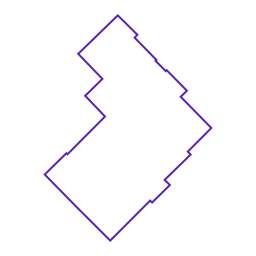 Laprida, Buenos Aires, Argentina (Mercator projection)
{"feature_id": "61730980B44273379495612", "entity_name": "Laprida", "entity_type": "district", "adm_level": 2, "iso_a3": "ARG", "parent_name": "Argentina", "parent_adm1": "Buenos Aires", "projection": "mercator", "projection_center": [-60.782, -37.495], "detail": "fine", "context": "isolated", "style": "outline", "palette": "violet", "viewbox_px": 256, "rotation_deg": 0, "n_neighbors": 0, "source": "geoboundaries", "source_scale": "gbopen_adm2", "svg_char_len": 496}
<svg xmlns="http://www.w3.org/2000/svg" viewBox="0 0 256 256"><path d="M111.4,239.4L150.1,200.6L152.1,202.5L169.9,185.0L164.6,179.9L190.6,154.6L187.8,151.6L211.3,128.0L180.7,96.8L186.9,90.7L166.7,70.2L165.7,71.1L155.5,60.8L156.4,59.9L134.6,37.7L137.4,34.8L117.8,15.4L80.4,51.7L78.2,53.8L80.4,56.1L102.4,78.9L94.6,86.6L85.2,95.8L105.0,116.5L92.8,128.8L80.4,141.2L67.5,154.3L66.4,153.2L44.7,174.5L80.4,210.9L83.0,213.4L110.2,240.6L111.4,239.4Z" fill="none" stroke="#5b21b6" stroke-width="2"/></svg>